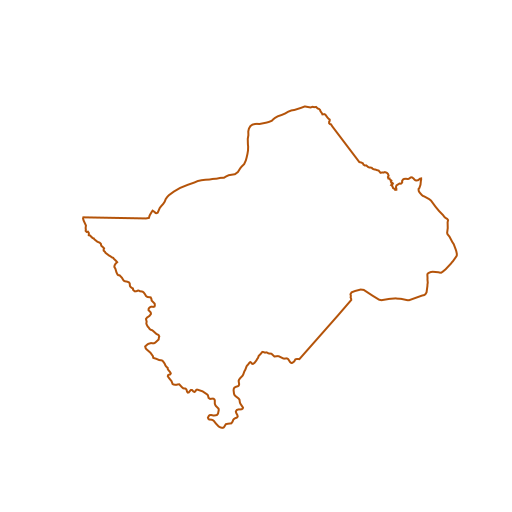 the district of Anajás, Pará, Brazil, rotated 306°
{"feature_id": "56859067B41993569024253", "entity_name": "Anajás", "entity_type": "district", "adm_level": 2, "iso_a3": "BRA", "parent_name": "Brazil", "parent_adm1": "Pará", "projection": "robinson", "projection_center": [-50.06, -0.792], "detail": "fine", "context": "isolated", "style": "outline", "palette": "amber", "viewbox_px": 512, "rotation_deg": 306, "n_neighbors": 0, "source": "geoboundaries", "source_scale": "gbopen_adm2", "svg_char_len": 6149}
<svg xmlns="http://www.w3.org/2000/svg" viewBox="0 0 512 512"><g transform="rotate(306 256 256)"><path d="M113.2,232.8L114.2,235.7L114.9,238.8L116.0,240.8L116.3,241.9L115.7,244.1L115.1,245.6L114.3,246.9L113.9,247.9L113.7,248.9L113.6,250.3L112.8,250.9L112.2,252.2L111.7,254.4L111.0,256.0L109.8,256.2L108.7,255.3L107.8,254.9L106.8,255.4L106.0,257.8L105.1,261.2L103.4,263.8L103.6,264.9L104.3,266.3L105.0,267.3L106.0,268.1L107.1,269.3L106.3,273.2L106.2,275.0L107.3,276.9L107.1,278.2L105.7,280.0L105.4,281.1L106.1,281.8L108.5,281.9L109.4,282.1L110.0,283.2L109.6,284.8L109.8,286.1L110.8,286.5L111.8,286.3L112.9,286.5L113.5,287.3L115.1,292.3L115.3,297.6L115.1,298.9L113.3,301.1L113.4,302.9L115.1,304.7L115.6,305.6L115.5,306.7L115.0,307.5L112.3,309.5L111.5,310.7L111.1,311.6L110.5,315.4L109.5,316.4L106.2,317.9L104.6,317.9L103.6,317.2L102.0,315.5L101.0,313.2L100.2,312.2L99.2,311.8L97.0,312.1L96.3,313.1L96.2,314.3L97.2,315.8L97.8,317.3L97.8,318.8L96.9,322.0L96.2,325.7L96.2,326.9L96.6,328.5L97.2,329.8L98.1,330.6L99.2,330.7L101.3,330.5L102.3,330.5L104.0,332.1L106.1,334.4L108.2,334.4L110.0,333.9L110.9,333.9L112.8,334.6L113.6,335.3L114.4,335.6L115.4,335.5L116.3,334.5L117.3,332.4L118.2,331.2L119.1,331.0L120.2,331.0L121.7,332.1L123.0,333.9L123.8,334.6L124.8,334.9L125.7,334.6L127.4,330.0L128.1,329.0L130.1,327.0L130.5,325.6L130.6,321.8L130.9,320.3L131.6,319.2L134.3,316.7L135.7,316.0L136.8,315.9L138.3,316.6L140.2,318.0L141.1,318.2L142.4,317.7L144.7,315.4L146.0,315.0L147.8,315.0L151.3,315.5L152.7,315.3L155.8,314.4L157.7,314.2L161.3,313.2L162.3,313.2L163.5,313.4L165.6,313.4L166.8,313.7L166.9,314.9L166.5,315.9L166.8,316.9L168.6,317.6L171.9,317.7L173.0,317.5L174.8,317.5L176.8,316.9L179.2,317.3L182.1,317.5L182.7,318.6L183.1,320.1L184.1,321.0L184.4,321.9L184.5,323.2L185.0,324.3L185.6,325.1L186.0,326.0L185.5,330.0L187.6,332.2L188.3,333.4L189.1,338.1L189.5,339.1L191.3,341.1L191.5,342.6L190.2,346.0L190.2,347.5L190.9,348.2L193.2,348.9L195.4,348.6L196.2,349.1L196.9,349.9L197.5,350.7L198.0,351.7L255.9,357.2L276.4,358.9L277.4,358.0L278.1,356.9L279.5,356.2L280.6,354.9L282.8,354.7L285.9,356.7L290.4,360.4L291.9,363.1L292.4,373.6L293.0,381.3L294.0,383.5L299.6,389.0L303.9,394.0L304.4,395.1L306.6,398.5L309.3,404.6L310.3,405.9L321.6,413.6L323.2,415.0L324.2,415.4L325.2,415.5L326.9,415.3L332.5,412.3L333.5,411.6L335.4,410.6L337.8,408.5L338.9,407.8L341.6,405.6L342.4,405.3L343.5,405.5L345.6,406.7L347.1,408.2L350.1,413.2L350.6,414.5L351.3,415.6L352.8,416.2L356.6,417.2L364.6,418.2L366.3,418.2L367.3,418.4L373.8,418.3L374.7,418.0L375.9,417.1L377.7,415.1L378.9,413.4L381.8,409.0L382.7,406.6L385.4,401.1L386.2,398.1L387.1,397.0L391.3,394.7L395.9,391.2L397.9,390.3L398.4,388.9L398.2,386.7L398.4,385.2L399.0,383.4L400.0,377.6L401.4,372.2L403.7,365.0L403.8,362.7L403.1,357.1L402.7,355.7L402.8,354.2L403.5,351.2L404.0,349.8L404.8,348.9L405.8,348.1L407.0,348.2L410.3,347.2L413.9,345.1L414.9,344.7L415.8,344.0L414.9,343.2L412.6,342.6L411.2,341.2L410.9,340.2L411.0,338.9L411.3,338.0L411.3,336.0L410.8,335.2L409.7,334.7L408.8,334.5L407.7,333.8L407.1,332.9L406.7,332.0L405.4,330.5L404.4,330.0L403.5,330.0L402.5,330.1L401.7,330.9L400.6,331.0L399.6,330.7L399.0,329.5L395.8,328.2L394.8,328.4L393.7,328.9L393.2,329.8L392.1,330.6L391.3,329.7L391.7,328.8L391.5,327.0L392.1,326.3L392.4,325.3L393.2,324.7L392.9,323.7L394.0,323.7L395.0,324.2L395.4,323.3L394.8,322.5L395.4,321.4L396.6,321.2L396.6,319.1L397.2,318.4L396.5,317.5L397.4,316.3L398.9,316.1L400.0,314.4L400.2,313.0L399.9,311.7L399.4,310.7L398.5,310.2L397.9,309.2L396.5,307.8L397.2,305.0L396.4,303.0L396.2,301.9L395.6,300.9L395.3,299.9L395.1,299.0L395.4,297.9L394.9,296.7L394.2,295.7L393.9,294.3L394.1,292.0L393.2,290.9L393.1,289.2L393.8,288.0L393.5,286.2L392.7,284.4L405.7,241.5L406.6,239.3L406.2,238.3L406.4,237.1L407.7,236.2L408.6,236.2L409.7,235.4L409.7,234.0L410.0,232.5L411.1,229.1L411.0,228.0L409.6,226.5L410.2,225.5L411.0,223.1L411.8,222.0L412.0,220.5L411.6,219.2L411.9,217.0L411.0,216.1L410.3,215.0L410.0,214.1L408.2,212.8L405.7,207.6L402.1,205.2L396.8,201.3L394.6,199.1L391.6,197.2L388.4,195.8L385.4,194.0L381.8,191.5L378.9,190.2L376.7,189.6L374.7,189.3L372.0,187.6L370.0,186.0L364.8,181.2L363.4,179.0L362.2,177.6L360.2,175.9L357.8,175.1L354.9,175.4L352.3,176.5L349.3,178.8L345.9,180.5L341.6,183.8L339.8,185.4L336.7,187.5L333.5,189.1L330.0,190.6L327.3,191.6L323.4,192.4L319.8,191.8L317.7,191.7L313.3,192.0L309.8,190.9L305.4,186.5L302.9,185.1L300.5,184.1L298.3,181.3L295.4,178.7L293.0,175.8L290.5,173.4L288.0,170.3L285.3,167.4L282.4,164.8L279.3,163.0L273.4,158.9L266.5,154.6L259.9,151.7L254.0,149.8L251.8,149.5L249.0,149.5L246.3,150.2L243.6,150.3L240.8,150.0L238.3,149.9L233.3,151.0L232.2,150.4L231.7,149.5L232.0,148.3L231.9,145.7L230.5,145.7L227.3,146.0L226.0,146.2L223.9,147.0L221.7,144.9L185.8,93.6L184.6,94.1L183.3,95.8L180.7,100.5L178.5,101.7L177.5,102.7L176.2,103.4L175.9,104.9L176.9,105.7L176.3,107.3L174.5,108.5L175.1,110.0L174.7,111.2L174.7,112.3L174.4,113.2L174.9,114.4L174.5,115.3L174.3,119.1L174.5,120.2L174.9,121.6L174.7,123.3L173.9,124.1L173.3,125.1L173.2,126.8L172.9,128.6L171.9,128.8L170.8,129.6L170.6,131.3L170.1,132.4L170.0,137.2L170.2,138.2L170.2,140.4L170.6,141.6L170.2,142.5L169.8,145.6L169.4,147.3L167.3,146.9L165.3,147.1L163.9,147.8L163.0,149.8L160.7,152.8L159.6,154.9L159.5,155.8L160.2,157.0L159.6,160.3L158.6,162.6L158.3,163.6L158.5,164.8L159.4,166.6L160.0,168.6L159.6,169.9L157.6,171.7L157.2,173.0L157.2,174.4L157.4,175.5L156.4,176.4L156.2,177.8L156.2,178.8L156.9,179.6L157.7,180.3L158.8,180.9L159.2,182.0L159.3,183.0L159.9,183.9L160.5,185.3L160.5,186.4L160.2,187.5L159.7,189.0L159.0,190.4L159.0,192.2L160.6,195.1L159.8,196.6L158.6,197.8L157.9,202.0L156.7,203.1L155.5,203.6L154.6,203.0L153.5,201.1L152.4,200.4L151.1,200.1L150.1,200.2L149.0,200.9L148.6,203.5L148.0,204.6L147.2,205.1L144.8,205.0L142.1,204.0L140.4,204.0L138.6,206.1L137.0,206.9L136.3,207.8L135.2,210.0L135.1,211.1L134.5,212.6L134.4,214.0L134.9,215.5L134.9,216.7L134.4,221.3L134.8,223.5L134.1,225.0L132.9,225.4L131.2,226.3L126.7,225.4L125.5,224.8L124.8,224.0L123.9,222.3L121.6,220.5L120.5,220.1L117.7,219.5L116.6,220.8L116.2,221.9L115.7,227.5L114.4,231.4L113.2,232.8Z" fill="none" stroke="#b45309" stroke-width="2"/></g></svg>